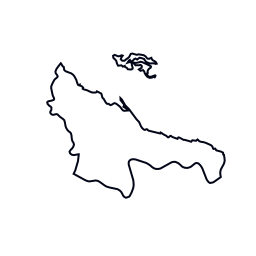 outline of Jizan, rotated 150°
{"feature_id": "SAU-887", "entity_name": "Jizan", "entity_type": "Region", "adm_level": 1, "iso_a3": "SAU", "parent_name": "Saudi Arabia", "parent_adm1": "", "projection": "robinson", "projection_center": [42.341, 17.347], "detail": "fine", "context": "isolated", "style": "outline", "palette": "ink", "viewbox_px": 256, "rotation_deg": 150, "n_neighbors": 0, "source": "natural_earth", "source_scale": "10m", "svg_char_len": 4235}
<svg xmlns="http://www.w3.org/2000/svg" viewBox="0 0 256 256"><g transform="rotate(150 128 128)"><path d="M185.5,188.8L185.6,189.0L185.1,190.7L183.7,191.0L180.5,189.9L178.5,189.5L177.5,190.0L177.1,191.2L177.0,193.2L176.6,194.9L174.6,200.9L173.6,202.5L171.8,203.9L168.3,206.2L167.2,206.7L164.0,207.3L163.2,207.7L162.9,208.9L163.1,210.3L163.2,211.8L162.5,213.3L160.4,214.9L157.6,216.2L153.8,217.7L153.7,217.4L153.7,214.1L153.1,213.1L154.2,210.2L153.7,208.4L149.8,203.6L148.9,201.5L148.6,199.7L148.7,195.7L149.6,191.8L149.6,190.1L148.1,189.7L148.7,189.0L147.7,188.0L146.9,186.6L146.7,185.3L147.6,184.6L147.1,183.7L144.9,181.5L144.3,180.8L143.3,179.2L141.4,176.8L140.9,176.4L138.3,174.9L137.5,174.8L136.6,175.3L133.9,171.1L135.0,167.0L134.5,165.5L134.5,161.0L134.1,159.5L133.3,158.9L132.6,158.5L132.2,157.3L131.6,156.5L130.1,156.3L128.5,156.4L127.3,156.3L126.4,155.4L125.6,153.9L124.6,151.3L124.2,150.0L123.8,146.8L123.4,145.5L122.7,144.8L119.1,143.1L119.3,144.7L119.9,146.1L121.3,148.7L119.6,149.9L120.5,155.9L119.6,157.6L119.1,155.7L119.1,149.4L118.7,147.5L117.7,143.9L116.3,131.4L115.8,129.2L115.4,127.6L115.9,123.0L115.8,121.1L115.2,119.0L114.7,118.2L113.9,117.8L113.1,117.8L112.4,117.6L112.0,117.1L111.9,116.3L111.4,115.3L102.8,107.1L102.0,106.9L101.8,107.4L101.3,106.6L100.4,104.6L98.8,102.2L98.3,100.6L98.0,99.9L97.4,99.6L95.6,100.0L94.8,99.8L94.4,98.7L94.0,97.9L90.6,93.9L90.4,94.1L89.9,94.4L89.3,94.6L88.9,94.6L88.1,93.7L85.7,89.8L84.8,89.4L80.1,84.5L78.4,85.2L75.4,82.9L73.5,83.3L72.8,80.8L71.4,79.3L69.7,78.0L68.1,76.3L64.7,71.6L64.2,70.0L64.3,68.9L64.6,67.8L64.4,67.1L63.4,66.8L62.8,66.6L62.7,65.9L62.8,65.1L62.6,64.4L59.3,61.1L58.0,59.1L58.8,57.4L58.3,56.8L59.8,53.0L60.6,51.4L61.9,49.9L63.4,48.7L68.3,45.7L69.8,44.1L70.8,42.7L72.2,39.1L81.2,38.3L84.4,39.3L85.2,40.7L85.5,42.4L85.6,44.3L83.9,55.3L83.8,57.4L84.0,59.5L84.7,62.0L86.0,63.4L87.5,63.8L92.9,63.0L94.6,63.2L96.5,63.7L98.6,65.1L99.8,66.5L100.4,67.5L101.4,70.8L102.2,72.7L103.9,75.0L105.6,76.0L107.4,76.5L120.0,76.7L121.9,77.2L124.2,78.5L125.7,80.2L126.7,82.2L127.3,84.1L128.3,86.2L129.6,88.5L137.1,96.9L139.1,98.4L140.9,99.1L142.5,99.1L144.0,98.5L145.1,97.1L145.8,95.4L149.5,80.2L151.2,76.5L152.3,74.8L153.7,73.2L157.1,70.4L160.8,68.1L161.5,68.0L164.6,68.6L165.6,70.0L166.0,71.8L165.8,75.6L166.3,77.8L167.6,80.2L173.7,85.7L175.8,87.9L176.9,89.8L179.5,95.6L180.7,97.4L182.2,98.7L188.3,101.1L189.9,102.6L191.3,104.5L198.0,115.5L194.8,117.7L187.9,124.3L184.0,129.5L183.8,129.9L188.4,131.6L190.0,132.9L190.8,134.9L190.5,136.7L188.7,137.7L186.9,138.1L184.8,139.1L183.1,140.6L182.6,142.4L182.7,144.5L182.2,146.4L180.6,150.0L180.1,151.9L180.4,153.4L181.1,154.9L181.5,157.0L181.5,159.0L181.2,160.7L179.9,164.3L179.3,166.6L179.7,168.1L181.3,171.7L182.3,175.1L183.2,175.9L186.2,176.8L187.0,177.5L187.6,178.5L187.7,179.7L187.4,180.7L186.8,181.2L186.0,181.5L185.3,182.1L184.1,184.0L184.3,185.3L185.1,186.7L185.5,188.8ZM105.4,186.9L105.4,188.2L105.2,189.9L104.6,191.9L104.8,193.4L105.6,196.1L104.8,198.0L103.0,198.0L100.7,195.0L98.9,194.3L97.2,194.2L96.4,193.3L98.6,192.3L99.9,191.1L99.4,189.2L97.4,188.0L95.3,188.4L93.0,188.6L91.3,189.0L89.8,190.0L88.5,190.8L86.9,190.2L85.1,188.3L83.8,187.0L82.0,186.5L79.9,184.8L77.9,183.1L77.0,181.2L76.5,178.4L75.1,177.3L73.7,177.3L72.7,177.1L72.9,176.5L72.8,174.5L71.7,172.8L70.9,171.0L71.0,169.4L72.2,169.8L72.6,170.5L73.6,171.3L76.7,172.9L78.4,175.0L79.3,176.3L79.6,178.5L79.5,179.6L81.0,181.4L82.4,182.7L82.9,183.1L85.8,182.7L86.8,184.4L88.4,184.5L90.0,183.9L91.4,183.8L92.3,184.9L92.3,186.0L93.3,186.0L95.7,184.8L93.4,184.3L92.2,182.3L93.2,180.6L93.8,178.0L94.3,177.1L95.5,176.9L96.0,177.2L96.6,177.4L98.8,179.0L98.9,180.5L100.0,182.4L99.8,183.4L101.8,183.7L102.3,185.5L105.4,186.9ZM84.0,179.1L82.8,178.0L81.6,176.3L79.6,173.5L77.9,170.9L77.3,169.8L78.2,168.9L80.1,168.8L81.5,168.3L82.6,167.4L83.4,165.7L84.2,165.8L84.3,165.8L84.8,164.0L84.2,161.8L83.1,161.3L82.0,160.7L81.0,160.6L79.2,160.2L78.2,160.1L78.0,159.7L78.6,159.0L79.4,158.6L79.6,159.4L82.1,159.7L84.2,160.6L85.5,162.4L85.6,162.7L86.1,165.2L86.1,166.9L85.7,168.9L86.0,170.6L88.6,171.3L89.3,173.3L86.0,173.4L85.1,174.7L85.5,176.3L87.5,177.0L88.6,177.8L90.1,178.5L90.7,180.8L90.6,181.8L88.3,180.3L85.4,179.3L84.0,179.1Z" fill="none" stroke="#020617" stroke-width="2"/></g></svg>